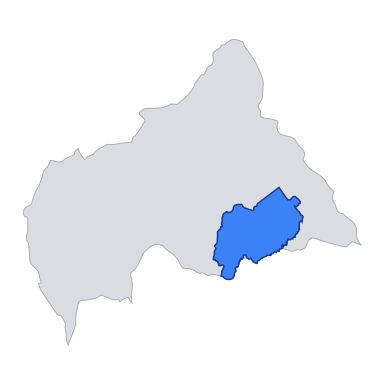 Mbomou on a map of Central African Republic (Equal Earth projection)
{"feature_id": "CAF-868", "entity_name": "Mbomou", "entity_type": "Prefecture", "adm_level": 1, "iso_a3": "CAF", "parent_name": "Central African Republic", "parent_adm1": "", "projection": "equal_earth", "projection_center": [23.723, 5.441], "detail": "fine", "context": "in_parent", "style": "filled", "palette": "blue", "viewbox_px": 384, "rotation_deg": 0, "n_neighbors": 0, "source": "natural_earth", "source_scale": "10m", "svg_char_len": 9325}
<svg xmlns="http://www.w3.org/2000/svg" viewBox="0 0 384 384"><path d="M273.5,119.6L277.3,120.9L278.0,122.5L276.9,127.6L277.6,130.8L279.8,133.6L282.0,134.7L284.1,135.4L291.4,137.1L294.4,139.0L298.4,145.0L303.4,150.5L304.7,153.4L304.4,156.1L303.0,159.3L303.2,160.6L305.5,163.8L308.2,167.1L313.0,170.8L321.4,176.5L325.2,180.4L326.6,183.3L328.7,186.4L331.7,189.3L333.7,191.6L332.4,197.9L332.8,200.0L333.5,201.8L335.3,204.2L336.0,207.4L337.7,211.4L339.8,213.2L343.3,213.9L345.1,215.8L348.9,218.9L352.6,221.7L354.2,223.6L355.1,225.2L356.0,227.2L356.4,229.2L356.5,233.5L357.1,238.8L359.1,242.4L361.0,245.1L353.4,242.0L352.3,241.9L351.0,242.5L347.1,246.3L345.8,246.8L340.9,246.0L328.9,242.9L319.7,240.0L316.9,239.0L312.0,238.0L308.7,240.0L305.7,246.7L304.8,248.1L300.0,250.1L297.8,249.5L292.2,251.4L283.7,248.6L280.6,249.2L278.2,250.6L272.0,253.6L268.3,255.4L264.0,257.0L259.8,259.4L257.1,260.8L254.3,260.8L251.9,259.4L249.2,258.2L246.0,257.9L242.7,258.6L239.8,261.4L238.7,263.3L236.2,268.4L233.3,276.8L232.1,278.5L231.1,279.3L217.7,275.1L211.9,274.2L208.0,275.5L203.2,273.1L201.0,272.7L200.0,273.5L197.3,272.4L192.9,269.6L188.6,268.4L184.8,268.8L182.5,267.8L180.6,265.0L178.2,260.0L173.9,254.9L168.1,250.9L164.4,247.8L163.0,245.8L159.8,244.7L155.0,244.5L150.4,246.5L143.7,252.8L137.5,265.7L134.1,270.6L131.3,271.9L130.6,275.0L131.9,280.0L132.3,285.7L131.3,295.4L131.6,302.4L130.2,301.3L128.8,298.0L128.1,297.3L124.0,298.8L121.9,300.1L120.8,301.4L119.9,301.6L118.6,299.8L117.6,299.5L116.0,299.9L114.4,299.8L113.3,299.6L112.6,299.7L110.7,298.7L103.7,296.0L102.5,295.1L101.1,295.2L97.4,297.5L95.5,298.2L89.7,299.6L83.5,300.4L81.1,300.4L79.5,301.5L78.4,302.9L76.5,311.9L76.0,313.4L76.0,315.7L75.5,322.9L75.7,325.1L68.2,344.9L67.0,341.6L66.2,337.7L66.0,333.3L66.1,332.1L65.6,330.8L65.0,327.2L65.6,324.9L65.1,322.4L63.7,320.0L62.4,318.2L61.6,316.6L61.0,315.8L59.6,315.6L57.6,314.7L49.4,303.2L40.9,290.2L39.1,285.9L38.4,283.5L40.5,283.2L41.1,282.8L41.1,281.6L39.8,278.3L39.2,274.1L38.2,271.5L34.8,267.5L31.6,264.5L30.6,262.9L30.0,260.7L28.9,246.6L28.3,242.7L27.3,240.9L26.6,240.1L26.3,239.1L26.5,236.6L26.9,234.4L26.9,233.5L27.8,231.6L27.8,218.6L26.8,216.8L24.9,216.8L23.9,214.9L23.0,212.5L23.3,210.8L25.2,208.2L26.4,207.1L30.1,205.1L31.1,204.0L31.8,202.8L32.2,201.0L34.4,194.4L37.6,187.7L38.9,186.3L42.2,176.6L42.9,174.1L43.5,171.6L44.5,169.6L48.0,166.2L50.7,160.4L53.5,160.7L56.4,161.7L60.2,162.1L63.1,161.0L65.0,158.7L74.1,154.8L74.8,151.7L76.2,150.1L77.9,148.7L78.4,148.5L78.6,149.5L79.6,152.7L81.6,156.0L84.6,159.5L85.5,159.3L87.4,156.6L92.1,154.9L93.3,154.2L96.7,150.3L100.7,147.8L103.1,146.9L107.2,144.3L110.1,144.7L114.7,144.3L122.5,143.1L128.1,142.6L131.0,142.2L131.7,141.6L132.8,137.9L133.6,136.8L135.8,135.2L139.9,129.6L142.6,124.8L143.5,123.1L144.0,122.8L145.2,120.8L144.1,118.7L139.4,114.5L139.5,113.9L139.3,113.2L139.5,112.6L141.3,110.9L143.7,109.0L146.2,108.2L152.8,108.4L158.5,108.0L159.8,108.1L164.2,107.1L167.2,106.2L170.3,104.1L177.3,104.3L183.1,99.2L184.8,98.3L185.5,97.4L185.8,96.7L188.5,94.6L191.6,90.4L194.0,86.6L194.7,83.9L201.3,74.7L203.6,74.9L204.7,73.8L207.3,67.7L208.2,66.6L210.9,65.5L212.2,63.7L213.3,61.1L213.3,57.8L212.8,55.1L212.8,53.8L213.4,52.6L214.5,51.4L219.5,48.2L220.8,46.6L221.5,45.2L222.9,44.9L224.5,45.0L225.4,44.2L226.5,42.7L230.0,40.7L233.2,39.1L236.6,39.8L242.7,41.8L244.5,46.1L245.4,47.6L252.9,57.9L254.4,60.3L258.1,67.8L260.4,72.8L263.0,80.0L263.3,84.0L263.0,87.3L262.4,96.9L261.7,99.6L258.4,104.8L258.3,107.1L259.0,109.0L260.0,109.8L260.6,110.8L260.2,115.2L261.4,117.0L263.9,118.1L270.2,118.9L273.5,119.6Z" fill="#d9dde1" stroke="#a8b0b8" stroke-width="1"/><path d="M283.5,246.6L283.1,246.4L283.0,246.1L282.7,245.0L282.6,244.7L282.2,245.2L281.8,246.0L281.7,246.7L282.0,247.1L282.6,247.3L282.6,247.7L282.3,248.2L281.9,248.5L280.0,248.8L279.7,249.2L279.4,250.2L279.3,250.6L279.2,251.2L279.0,251.4L278.9,251.4L278.7,250.6L278.2,250.3L277.7,250.5L277.2,250.9L276.5,252.2L276.2,252.4L275.9,252.3L275.4,251.8L275.1,251.6L274.6,251.7L274.1,252.1L273.5,252.8L272.1,253.7L271.7,254.1L271.3,253.6L271.1,253.5L270.9,253.8L270.8,254.2L270.8,254.5L270.9,254.9L270.9,255.3L270.3,255.3L269.2,255.0L268.7,255.4L268.5,255.5L267.5,255.2L267.0,255.4L266.0,256.4L265.4,256.7L264.3,256.9L263.7,257.1L262.7,257.9L261.5,258.3L261.0,258.6L259.4,260.3L258.9,260.5L258.3,260.6L257.9,260.9L257.6,261.4L257.4,262.0L257.3,262.9L257.2,263.2L257.0,263.3L256.5,263.3L256.3,263.4L255.9,263.1L255.4,262.9L254.9,262.8L254.4,262.7L254.0,262.1L253.9,262.0L253.1,261.8L252.8,260.8L251.6,259.8L251.0,258.6L250.6,258.1L249.4,258.9L248.8,259.1L248.2,258.7L247.6,258.2L247.3,258.0L247.0,257.9L246.6,257.7L246.5,257.2L246.4,256.7L246.1,256.0L245.8,255.0L245.6,254.8L245.3,254.7L244.4,255.2L244.0,255.2L243.7,255.1L243.3,255.5L243.1,255.9L243.1,256.4L243.2,256.8L243.5,257.2L243.3,257.5L242.7,258.1L242.4,259.1L241.9,259.0L241.0,258.4L240.6,258.6L240.4,259.1L240.1,260.3L239.9,260.9L239.6,261.3L239.4,261.7L239.0,262.0L239.0,262.4L239.2,263.4L238.7,264.7L238.4,265.1L238.3,266.1L238.2,266.5L238.1,266.8L237.7,267.0L237.2,267.1L236.0,267.1L235.6,267.4L235.4,268.3L235.5,269.2L235.6,269.9L236.0,270.7L236.1,270.9L236.0,271.3L235.7,271.7L235.4,272.0L235.1,272.1L234.9,272.4L234.2,274.3L234.2,274.7L234.3,275.4L234.3,275.7L234.2,276.1L233.6,276.8L233.4,277.3L233.0,278.0L232.0,278.8L231.1,279.3L228.0,279.5L225.5,278.8L224.9,278.3L224.3,278.0L224.1,277.8L223.4,276.9L222.9,276.7L221.6,276.4L221.1,276.0L221.1,275.9L221.1,275.3L221.2,275.0L221.6,274.3L221.8,273.8L221.9,273.5L221.8,271.7L221.8,271.3L221.9,271.0L222.5,270.2L222.6,269.3L222.9,268.7L223.6,267.5L223.9,266.1L223.5,265.3L222.7,265.0L221.7,265.1L220.1,265.8L219.5,265.6L218.8,265.5L218.6,265.3L218.6,265.0L218.9,264.5L219.0,264.2L218.7,263.6L217.9,262.8L217.7,262.1L218.0,261.7L217.9,261.5L217.8,261.4L217.6,261.5L217.4,261.8L217.1,261.4L216.8,260.8L216.4,261.0L216.1,261.0L215.6,260.5L215.5,260.0L215.4,259.8L215.0,260.0L214.8,260.0L214.7,259.6L214.2,259.9L213.8,259.9L213.4,259.6L213.2,259.0L213.3,258.7L213.6,258.3L213.4,257.7L213.7,256.3L214.1,255.7L214.2,255.1L214.4,251.4L214.6,250.9L215.6,249.4L215.8,248.8L215.8,248.0L215.5,247.4L214.8,246.4L214.7,245.9L214.9,245.5L215.8,244.4L216.5,243.9L216.9,243.4L217.0,242.8L217.3,240.9L217.4,237.1L217.4,236.7L217.7,236.2L217.8,235.8L217.7,235.6L217.6,235.4L217.5,234.0L217.6,231.8L219.0,230.2L219.5,229.4L220.2,229.0L220.5,228.6L221.0,227.9L221.3,227.2L220.8,227.3L220.9,226.6L221.4,226.5L221.9,226.6L222.4,226.4L222.1,225.2L221.6,224.3L221.5,224.1L221.5,223.4L222.0,222.1L222.1,220.8L222.1,218.3L222.2,217.2L223.1,215.9L223.2,215.2L223.0,214.8L223.0,214.6L223.1,214.4L223.4,214.1L223.8,213.7L226.3,211.8L226.6,211.6L227.0,211.7L227.2,211.8L227.5,212.3L227.7,212.5L227.9,212.5L228.9,212.3L229.2,212.3L229.8,212.5L230.2,212.4L230.6,212.2L232.1,211.1L232.5,210.6L233.0,209.4L233.4,207.5L233.9,206.3L234.3,205.7L234.8,205.3L238.0,204.4L238.6,204.5L239.3,204.7L239.7,204.6L240.8,204.4L241.2,204.3L241.6,204.4L241.8,204.5L242.0,204.8L242.5,205.9L242.9,206.6L243.7,207.3L245.7,208.3L252.5,210.5L253.3,210.4L253.8,210.2L253.9,209.9L253.8,209.1L253.9,208.6L253.8,207.9L253.9,207.7L254.3,207.1L254.5,206.5L254.7,206.4L254.9,206.4L255.4,206.6L255.7,206.6L256.1,206.5L256.5,206.3L256.8,205.9L256.9,205.7L257.1,204.6L257.6,203.7L258.0,203.3L279.0,187.4L286.4,198.2L288.2,200.1L288.4,199.9L288.8,199.8L289.2,199.8L289.9,200.0L290.3,199.8L290.8,199.4L292.4,197.3L293.0,196.8L293.4,196.7L294.8,196.5L295.3,196.6L295.7,196.9L296.3,197.6L296.8,198.1L297.5,198.5L298.4,199.3L299.6,200.7L299.9,201.2L300.1,201.6L300.2,202.1L300.2,202.7L300.1,203.2L300.0,203.5L299.6,203.6L299.1,203.6L298.8,203.7L298.6,203.9L298.5,204.4L298.3,205.3L298.2,205.4L297.3,206.0L296.7,206.5L296.3,206.6L295.9,206.5L295.4,206.3L294.5,205.9L294.4,206.0L294.7,206.8L298.1,210.8L298.5,211.6L299.2,211.7L299.4,211.8L299.6,212.0L299.7,212.7L299.8,213.1L300.2,213.7L300.6,214.4L300.7,214.8L300.9,215.1L301.1,215.3L301.6,215.2L302.0,215.3L302.4,215.5L302.9,216.4L303.1,217.0L303.0,217.5L302.6,218.4L302.3,219.4L302.3,220.0L302.3,220.6L302.1,221.8L301.6,220.8L301.4,220.6L301.2,220.7L301.1,220.8L300.9,221.4L300.7,221.6L300.4,221.7L300.0,221.8L299.5,222.2L299.4,222.4L299.5,222.9L299.5,223.2L299.4,223.9L299.4,224.8L299.2,225.3L299.2,225.5L299.3,226.3L299.3,226.5L299.1,226.9L299.0,227.2L299.1,227.4L299.1,227.8L299.4,228.2L299.4,228.3L298.9,228.6L298.8,228.8L299.4,229.1L299.5,229.2L299.5,229.3L299.1,229.6L298.9,229.8L298.8,230.7L298.6,231.2L298.2,231.4L298.0,231.9L297.5,231.9L297.3,232.1L297.3,232.3L297.3,232.5L297.6,233.0L297.4,233.4L297.0,233.5L296.7,233.8L296.3,233.6L296.2,233.6L296.1,234.0L296.0,234.3L295.7,234.5L295.5,235.4L295.4,235.4L295.2,235.2L295.1,235.3L295.2,236.2L295.0,237.1L295.0,237.3L294.9,237.3L294.5,237.2L294.2,236.8L293.9,237.0L293.5,237.7L293.3,237.9L292.9,238.0L292.7,238.7L292.7,238.9L292.4,238.9L292.0,238.6L291.8,238.5L291.4,238.7L291.3,238.9L291.0,239.4L290.7,239.7L290.5,239.8L289.6,239.6L289.0,239.6L288.5,239.7L288.1,239.3L287.9,240.0L287.6,240.3L287.5,241.1L287.2,241.6L287.2,242.5L286.9,242.3L286.7,242.1L286.4,242.2L286.3,242.6L286.3,242.8L286.4,243.3L286.2,243.7L286.2,243.9L286.3,244.1L286.7,244.2L286.9,244.4L286.8,244.6L286.8,244.8L286.5,245.1L286.3,245.2L286.0,245.0L285.6,244.6L285.3,244.7L285.1,245.0L284.8,245.4L284.2,245.2L283.6,245.4L283.5,245.8L283.6,246.3L283.5,246.6Z" fill="#3b82f6" stroke="#1e3a8a" stroke-width="1.5"/></svg>